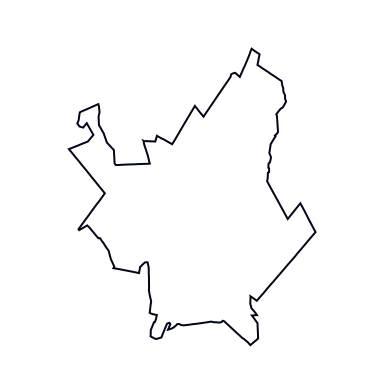 Lazdulejas pag., Balvu, Latvia (Equal Earth projection), rotated 99°
{"feature_id": "27541924B29489313148082", "entity_name": "Lazdulejas pag.", "entity_type": "district", "adm_level": 2, "iso_a3": "LVA", "parent_name": "Latvia", "parent_adm1": "Balvu", "projection": "equal_earth", "projection_center": [27.463, 57.024], "detail": "fine", "context": "isolated", "style": "outline", "palette": "ink", "viewbox_px": 384, "rotation_deg": 99, "n_neighbors": 0, "source": "geoboundaries", "source_scale": "gbopen_adm2", "svg_char_len": 5289}
<svg xmlns="http://www.w3.org/2000/svg" viewBox="0 0 384 384"><g transform="rotate(99 192 192)"><path d="M340.4,199.4L338.2,199.0L329.6,197.0L328.9,196.8L326.0,196.1L324.7,193.9L325.9,192.7L331.7,194.1L330.9,192.4L330.0,190.7L328.8,189.1L327.9,188.3L326.2,186.8L324.6,185.7L324.4,183.8L324.6,183.5L325.1,181.7L325.0,179.2L324.3,176.9L323.7,174.6L322.9,172.1L321.9,168.6L321.0,165.4L320.3,163.1L319.6,160.8L318.3,156.7L317.0,152.8L317.2,150.5L316.6,144.0L315.8,142.4L314.4,141.6L314.5,141.0L314.6,140.0L315.0,139.4L316.1,137.8L316.3,137.5L321.4,129.9L322.7,127.9L324.1,125.9L326.0,122.9L328.5,119.2L329.1,117.5L330.1,116.0L331.0,114.4L332.0,112.9L332.5,112.4L334.1,110.4L332.0,108.6L329.9,106.8L328.2,105.3L326.4,103.8L323.7,104.3L321.1,104.8L316.2,105.8L311.3,106.8L309.8,108.3L308.3,109.8L306.4,111.6L304.6,113.5L303.4,108.8L303.4,108.7L301.8,110.1L300.1,112.0L298.9,113.4L297.6,115.0L297.4,115.1L296.5,115.5L294.6,116.4L293.7,116.7L293.1,117.0L286.2,117.8L285.9,117.9L287.8,113.8L289.3,111.0L283.5,107.4L282.5,106.7L282.3,106.6L281.8,106.3L281.7,106.2L281.0,105.7L276.0,102.8L271.3,99.9L270.7,99.6L269.9,99.0L268.3,98.0L264.8,95.8L259.7,92.7L254.4,89.4L247.8,85.4L243.4,82.6L238.4,79.5L236.7,78.6L229.9,74.4L221.4,69.3L212.3,63.7L206.3,68.2L200.3,72.7L192.9,78.1L186.2,83.2L194.7,88.1L203.7,93.2L195.7,99.4L188.0,105.3L180.3,111.3L172.6,117.2L169.6,119.5L166.6,119.4L162.2,119.9L161.2,120.0L161.0,119.9L160.9,119.8L160.5,119.1L160.3,119.0L160.1,119.0L156.5,119.6L156.4,119.7L156.3,119.8L156.1,120.4L153.6,120.7L151.8,120.7L151.0,120.3L150.7,119.7L147.0,119.4L145.4,119.4L142.8,120.8L141.6,121.7L139.1,121.7L136.5,121.7L132.8,121.8L132.5,121.8L128.2,120.0L123.8,118.2L123.4,118.9L123.3,119.0L121.8,117.8L121.4,117.4L119.2,116.4L118.3,116.6L113.8,117.7L108.8,118.8L103.2,120.1L102.5,120.6L102.1,120.9L99.0,119.3L98.0,118.7L97.5,118.4L97.1,118.2L96.6,117.9L96.4,117.7L96.0,117.5L95.8,117.3L95.5,117.0L95.3,116.8L95.0,116.4L94.7,116.0L94.5,115.8L94.4,115.6L91.3,114.4L88.2,113.3L88.0,113.2L86.9,113.8L86.4,114.1L86.0,114.3L84.5,114.8L83.7,115.0L83.1,115.0L82.6,115.1L82.2,115.2L81.7,115.4L81.0,115.9L80.4,116.2L79.4,117.0L78.9,117.2L78.5,117.4L77.5,117.7L77.1,117.8L76.5,118.0L75.6,118.1L75.3,118.1L75.0,118.2L74.6,118.4L73.3,119.2L73.0,119.4L72.6,119.5L72.0,119.7L70.8,120.1L69.8,120.4L69.3,120.5L68.5,120.8L68.4,120.9L67.6,122.7L66.2,125.8L65.7,126.8L65.2,127.7L63.6,131.4L62.8,133.1L62.1,134.6L61.7,135.3L61.4,136.0L59.6,140.0L58.5,142.5L57.5,144.5L56.3,147.2L53.2,147.1L47.9,146.9L45.4,146.8L44.5,148.8L42.9,152.2L41.2,155.5L45.0,156.4L45.5,156.5L45.9,156.5L46.9,156.7L47.7,156.8L50.1,157.4L53.5,158.2L57.2,159.1L58.1,159.3L61.1,160.2L63.9,161.0L64.6,161.1L69.0,162.3L70.9,162.8L69.2,165.4L67.5,168.0L68.3,169.8L69.5,171.7L72.5,172.0L80.5,175.8L90.6,180.6L100.2,185.1L110.4,189.9L115.8,192.4L111.0,197.8L106.5,202.6L116.8,206.7L125.8,210.3L133.8,213.4L143.3,217.1L147.9,219.1L147.6,219.9L145.6,225.2L144.4,228.3L144.0,230.1L142.0,235.4L144.9,235.8L147.9,236.2L148.5,241.6L148.9,245.0L149.2,247.1L149.2,247.6L149.1,247.9L149.4,247.7L152.2,246.8L152.8,246.5L154.7,245.6L156.5,244.6L158.3,243.7L160.1,242.8L162.2,241.7L164.2,240.8L166.2,240.0L168.4,239.1L170.6,238.1L170.9,239.5L171.0,239.8L171.7,243.6L171.9,244.6L172.7,248.5L172.7,248.9L173.3,251.5L173.6,252.8L173.9,254.6L174.2,256.0L174.2,256.3L174.4,257.3L175.0,260.2L175.0,260.3L175.8,264.2L176.7,268.2L177.3,271.5L176.7,272.2L175.8,272.9L175.7,273.0L174.5,273.2L171.9,273.8L170.3,274.1L168.4,274.5L165.7,275.1L162.9,275.7L162.8,275.8L162.7,275.9L162.1,276.7L160.8,278.3L159.3,280.2L156.4,283.9L155.3,284.4L150.0,287.3L149.2,287.7L147.9,288.3L146.3,289.7L144.5,291.1L143.0,292.3L141.5,293.6L140.5,294.3L140.3,294.4L136.4,295.2L133.0,295.9L132.2,296.1L130.7,296.0L127.5,295.8L124.4,296.7L121.4,297.5L121.2,297.6L120.7,298.0L120.3,298.2L119.9,298.3L120.0,298.5L123.3,303.6L126.4,308.4L128.1,311.1L129.5,313.3L130.9,315.3L133.9,315.3L138.4,315.2L138.6,315.2L138.8,315.2L142.2,316.0L144.9,313.4L145.4,309.6L143.7,308.6L140.5,306.7L147.7,301.0L151.0,298.3L158.5,302.8L161.7,308.3L164.2,312.3L168.9,320.3L171.2,317.7L173.5,315.1L175.6,312.8L176.8,311.4L178.0,310.0L181.2,306.5L184.4,302.9L187.6,299.3L190.8,295.8L194.0,292.3L197.1,288.8L200.4,285.2L203.6,281.6L205.2,279.8L206.9,277.9L211.9,280.4L216.9,282.9L218.3,283.8L219.8,284.6L222.5,286.0L227.2,288.4L232.0,290.8L235.2,292.5L238.3,294.1L240.1,295.0L246.5,298.3L246.6,298.2L247.3,297.5L244.1,293.5L242.7,291.9L241.4,290.3L242.4,288.8L243.4,287.4L245.6,285.0L247.7,282.5L249.2,280.9L250.6,279.3L252.3,277.3L251.9,275.8L254.3,273.5L256.6,271.1L258.2,269.8L259.7,268.5L261.3,266.9L263.0,265.2L266.8,263.5L268.5,262.8L270.6,261.8L271.2,261.5L274.5,259.3L277.8,257.1L279.5,257.7L279.6,251.6L279.8,246.5L280.0,239.7L280.2,235.3L280.4,231.7L276.2,231.5L274.4,231.6L271.6,229.6L268.9,227.5L268.4,224.8L270.9,223.9L273.3,223.0L275.9,222.5L278.5,222.1L281.8,221.4L285.2,220.8L288.8,220.2L291.2,219.8L293.6,219.4L295.7,219.2L299.1,218.1L302.8,216.7L306.5,215.2L307.5,215.2L309.9,215.2L312.3,215.1L318.0,214.9L318.4,213.8L318.8,211.7L318.9,209.5L318.9,209.4L319.0,207.5L323.2,207.7L326.2,208.3L326.3,208.9L326.7,209.2L334.9,211.1L337.2,210.8L337.6,210.7L341.1,210.3L341.8,208.3L342.5,206.2L342.8,204.7L342.5,203.7L341.5,201.6L340.4,199.4Z" fill="none" stroke="#020617" stroke-width="2"/></g></svg>